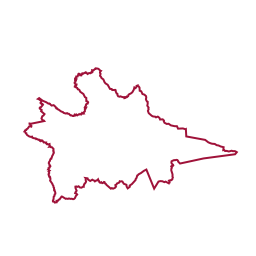 outline of Sullana, Piura, Peru, rotated 259°
{"feature_id": "86281439B8738296483293", "entity_name": "Sullana", "entity_type": "district", "adm_level": 2, "iso_a3": "PER", "parent_name": "Peru", "parent_adm1": "Piura", "projection": "mercator", "projection_center": [-80.584, -4.688], "detail": "fine", "context": "isolated", "style": "outline", "palette": "rose", "viewbox_px": 256, "rotation_deg": 259, "n_neighbors": 0, "source": "geoboundaries", "source_scale": "gbopen_adm2", "svg_char_len": 5677}
<svg xmlns="http://www.w3.org/2000/svg" viewBox="0 0 256 256"><g transform="rotate(259 128 128)"><path d="M178.7,83.6L177.0,85.8L175.6,86.1L175.4,86.8L174.5,87.6L172.7,88.0L169.9,90.7L166.6,91.6L165.5,92.8L162.4,92.2L161.8,93.3L160.9,93.8L159.6,93.0L159.7,92.0L158.8,91.1L158.0,91.0L157.2,90.1L156.8,90.1L156.3,89.4L155.8,89.5L155.8,90.6L154.9,89.9L155.0,89.3L152.5,88.8L151.7,87.1L150.9,87.3L151.1,86.8L150.8,86.6L151.4,85.8L150.8,85.6L150.9,84.8L150.4,84.5L150.7,84.2L150.5,83.8L150.6,82.7L150.9,82.6L150.1,80.6L151.1,79.8L150.3,78.9L150.6,78.3L150.9,78.2L151.1,78.6L151.4,78.2L150.1,77.1L150.3,76.1L151.5,74.4L151.4,73.9L153.2,72.7L153.7,71.2L154.2,71.0L154.1,69.6L155.2,67.6L155.9,67.3L157.1,65.4L159.3,63.4L159.6,62.8L160.7,62.2L160.7,61.7L161.2,61.7L161.6,61.0L162.5,61.0L164.6,59.4L164.6,57.3L166.3,56.0L166.6,56.0L167.1,55.4L167.1,54.5L168.8,52.8L171.1,49.4L174.3,46.5L173.7,45.2L173.1,46.2L171.0,48.0L170.0,47.7L169.3,46.9L168.1,47.7L168.0,48.6L167.1,49.0L165.1,46.6L165.0,45.6L164.5,45.1L163.9,45.1L162.1,46.7L161.1,45.9L157.6,48.7L156.4,47.4L155.9,46.1L153.9,44.9L152.6,45.3L151.7,46.0L151.5,46.7L150.8,47.1L150.7,33.5L151.2,32.2L150.9,32.1L150.3,32.9L149.4,32.8L148.4,33.6L147.8,33.3L148.4,32.1L148.4,31.3L146.5,29.3L146.1,28.1L145.4,27.7L145.4,26.7L144.4,25.8L144.3,26.1L142.5,26.6L142.2,27.2L141.6,27.1L140.4,27.6L138.5,29.5L137.8,31.0L137.8,32.2L136.7,32.3L135.7,34.2L135.4,35.5L134.6,35.7L134.6,36.4L134.0,37.4L133.5,37.7L133.5,38.5L132.4,39.0L132.7,39.9L132.6,40.2L131.8,40.1L132.0,41.6L129.9,42.5L129.9,43.5L129.3,44.1L129.3,44.8L128.7,44.6L127.6,45.3L127.7,45.9L127.3,46.1L127.0,46.6L127.2,47.9L125.1,47.7L124.7,47.3L124.7,48.3L124.0,48.4L123.5,49.8L121.6,50.9L120.0,50.3L119.5,50.6L119.2,50.3L117.8,50.5L117.6,50.1L116.1,49.3L115.4,48.5L113.2,47.3L112.8,46.6L112.4,46.7L112.0,45.7L110.5,45.0L110.0,44.3L108.7,43.5L107.7,43.8L106.6,43.8L106.6,44.1L106.1,44.4L105.3,44.5L104.9,43.8L104.7,43.9L103.9,43.3L103.8,42.4L103.4,42.4L102.7,41.8L102.6,42.3L101.5,42.4L101.1,42.9L100.4,41.7L99.5,42.1L98.8,42.1L98.0,41.3L97.8,41.5L96.8,41.2L95.1,41.4L94.7,41.6L94.9,42.1L94.6,42.2L94.1,41.9L93.4,42.2L91.9,41.9L91.2,41.5L87.7,43.1L86.9,43.1L85.5,43.7L83.9,43.6L83.3,44.0L82.1,43.7L81.5,44.0L80.7,43.6L80.0,44.2L78.0,44.3L77.3,44.1L76.8,43.3L75.4,42.9L74.8,42.0L72.3,41.3L71.0,40.4L70.2,40.3L69.6,41.6L68.8,41.9L68.7,43.8L70.1,44.0L69.8,45.1L70.9,46.2L70.9,47.1L73.4,49.7L73.2,50.3L70.4,53.3L70.5,53.9L69.9,55.5L70.1,56.6L69.4,58.0L69.3,59.3L68.6,60.5L68.7,61.6L69.3,62.5L71.3,63.9L72.4,65.4L73.5,64.8L74.1,63.7L75.1,64.3L76.2,65.6L79.2,65.0L80.5,65.2L80.5,66.1L79.9,67.0L80.2,68.4L78.8,69.4L78.3,71.0L79.1,72.8L78.8,73.3L80.6,73.9L80.8,74.3L81.7,74.7L82.0,75.5L83.3,76.6L85.2,76.5L86.3,77.0L87.0,76.7L86.3,78.7L85.1,78.9L83.2,80.8L84.1,83.1L83.4,83.8L82.9,84.7L81.9,85.3L82.6,86.9L82.4,87.6L83.3,88.8L82.5,88.9L81.7,89.4L80.5,89.5L79.6,90.2L79.5,90.7L79.9,91.4L78.8,92.2L78.9,93.2L79.6,94.1L79.4,94.6L77.9,94.9L77.5,95.5L76.3,96.0L71.7,99.6L72.1,100.7L71.3,101.7L71.7,103.7L72.7,105.0L73.5,104.7L74.4,104.7L74.7,105.9L75.6,106.5L76.1,108.9L77.3,109.7L76.9,110.5L76.9,111.7L76.5,112.3L74.1,113.2L72.6,115.6L70.7,115.5L68.8,116.2L70.0,118.6L71.2,118.7L72.2,121.1L75.5,125.5L76.3,125.7L77.3,126.8L79.6,128.0L79.7,128.6L80.5,129.5L81.3,132.1L82.9,135.4L83.7,138.1L63.5,142.1L69.6,147.7L69.7,149.5L69.2,151.5L67.9,153.4L68.2,154.7L65.9,157.5L66.4,157.8L66.5,158.4L67.1,158.6L68.5,158.2L68.7,159.9L68.5,160.7L69.3,161.8L69.9,161.9L70.9,162.6L72.1,162.4L73.4,162.8L74.7,162.8L78.0,162.4L79.6,162.7L80.6,163.5L82.1,163.1L82.4,163.7L82.2,164.7L82.6,165.3L83.3,165.2L84.8,164.1L85.8,164.0L87.0,164.4L87.3,165.3L87.7,167.2L87.4,167.9L87.5,169.4L87.1,170.4L86.0,170.9L85.5,170.8L83.2,172.3L83.7,196.4L81.8,228.1L83.5,230.2L84.6,229.0L85.1,227.8L85.2,226.6L85.9,225.4L85.7,222.5L86.7,220.5L86.9,218.9L88.1,218.2L88.1,217.3L90.9,218.2L92.2,215.4L93.6,213.5L94.2,211.8L95.8,210.1L96.5,207.6L97.2,206.2L98.6,204.1L101.6,201.5L108.6,183.6L115.9,184.6L115.8,184.2L117.1,181.8L117.8,177.0L120.4,176.4L120.9,174.1L122.4,170.6L124.4,168.7L124.6,166.8L126.2,164.8L127.9,164.4L128.5,164.7L129.9,163.7L130.2,161.1L131.7,160.9L133.3,159.7L133.5,159.2L133.1,157.5L133.9,156.9L134.6,154.7L135.5,153.6L138.6,151.2L141.0,150.8L142.5,151.8L143.3,151.7L144.1,152.1L146.2,151.2L148.2,152.0L150.0,152.3L150.4,151.7L151.9,151.2L153.0,151.1L154.2,151.7L155.8,151.8L157.6,150.5L158.6,148.7L161.5,148.0L162.3,146.6L165.5,147.0L166.8,146.4L167.4,145.5L167.9,145.6L167.7,144.5L167.1,144.5L165.7,143.0L166.6,142.0L164.5,141.0L162.2,139.0L161.2,137.0L161.1,136.0L160.5,134.8L159.3,134.3L158.9,133.5L159.1,133.0L158.6,132.8L158.8,131.7L158.4,131.8L158.1,131.4L158.0,130.1L159.0,130.0L159.4,128.5L160.5,126.6L160.3,125.8L161.0,124.4L162.0,124.0L163.6,124.1L164.1,123.4L166.3,122.9L167.4,123.1L167.8,122.9L168.2,120.1L168.6,119.5L169.4,119.4L169.8,117.8L174.3,116.3L176.1,114.4L177.5,113.7L180.4,113.1L182.1,111.5L183.2,111.3L184.6,110.5L186.4,111.4L187.5,111.0L188.3,111.2L189.2,112.3L189.5,111.8L191.7,110.3L192.5,108.6L192.3,107.7L192.5,107.5L192.1,107.3L192.2,106.8L191.3,105.3L191.4,104.8L191.1,104.5L191.4,103.9L190.2,103.9L190.3,103.4L189.8,103.3L190.0,102.9L189.6,102.4L189.2,102.4L188.9,101.6L189.4,100.3L188.7,98.6L189.7,98.0L190.0,97.4L190.4,97.6L190.7,97.2L190.2,96.7L190.5,95.8L189.9,94.7L190.4,93.6L189.7,93.1L189.6,92.4L189.2,92.7L189.0,92.2L188.6,92.1L188.9,91.0L190.4,90.7L190.7,90.0L190.3,89.4L189.7,89.4L188.7,88.5L188.2,88.4L188.1,87.9L188.4,87.0L187.1,86.4L186.8,85.5L185.8,85.3L186.2,86.2L185.9,86.6L185.5,85.9L184.6,86.0L184.3,85.5L183.4,85.3L182.9,84.3L182.0,84.2L181.1,84.8L180.6,85.8L179.7,85.4L179.1,84.5L179.2,83.8L178.7,83.6Z" fill="none" stroke="#9f1239" stroke-width="2"/></g></svg>